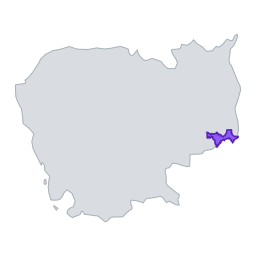 Ou Reang, Môndól Kiri, Cambodia (highlighted)
{"feature_id": "14789045B75407950785126", "entity_name": "Ou Reang", "entity_type": "district", "adm_level": 2, "iso_a3": "KHM", "parent_name": "Cambodia", "parent_adm1": "Môndól Kiri", "projection": "mercator", "projection_center": [107.115, 12.328], "detail": "fine", "context": "in_parent", "style": "filled", "palette": "violet", "viewbox_px": 256, "rotation_deg": 0, "n_neighbors": 0, "source": "geoboundaries", "source_scale": "gbopen_adm2", "svg_char_len": 7163}
<svg xmlns="http://www.w3.org/2000/svg" viewBox="0 0 256 256"><path d="M237.0,34.2L237.6,36.7L235.9,41.2L233.9,45.4L230.4,49.0L230.2,51.7L229.0,59.7L229.4,62.2L230.3,64.4L231.4,65.6L234.5,73.3L237.4,80.4L240.1,86.2L240.6,89.9L238.1,99.2L235.1,107.8L235.4,112.0L236.6,116.3L238.0,121.9L238.5,129.2L237.8,133.9L236.4,136.8L233.8,139.8L231.6,141.4L228.9,138.8L226.8,138.7L223.9,139.5L221.6,140.7L217.0,145.1L211.9,149.4L204.8,150.5L202.1,153.6L199.1,154.1L193.5,154.2L189.9,155.0L190.0,156.6L189.7,164.1L189.8,165.9L189.2,166.4L186.7,166.6L182.4,165.4L176.6,163.6L172.5,163.3L170.3,166.6L169.1,167.9L167.5,168.0L165.9,168.6L165.3,170.1L165.2,171.9L166.0,175.1L166.3,180.1L166.1,183.4L167.6,185.6L176.5,192.8L179.1,194.6L179.4,195.7L177.8,199.6L179.2,205.1L176.4,205.0L171.8,202.7L169.6,201.2L166.9,202.4L166.0,202.2L164.1,199.4L161.8,196.7L159.3,196.5L154.2,197.6L148.9,198.3L146.9,198.3L146.1,198.8L143.0,203.0L141.7,202.2L136.4,200.7L131.5,200.1L130.5,201.1L131.1,204.5L132.2,207.8L131.6,209.2L128.9,210.9L125.4,214.0L123.2,216.4L121.7,217.0L116.4,216.9L111.0,217.2L108.9,219.5L106.9,221.3L105.1,221.8L98.2,216.1L84.3,214.2L82.8,211.7L81.5,211.2L80.2,214.4L72.6,217.5L69.4,215.7L67.0,213.4L67.4,210.6L69.6,208.3L73.4,206.7L75.1,201.0L72.2,193.7L69.7,191.6L67.0,189.9L64.2,192.6L61.9,197.2L59.4,199.6L56.0,200.2L50.9,200.0L48.9,193.0L48.2,187.1L48.9,180.3L49.7,176.2L44.8,170.6L44.5,165.3L42.2,162.6L41.5,164.0L41.5,165.5L40.9,164.4L33.1,148.8L31.8,141.6L33.2,136.0L33.9,134.1L31.7,131.2L28.6,127.9L23.0,123.5L22.6,116.6L21.4,108.4L19.7,105.7L17.2,100.6L15.8,96.5L15.4,85.4L16.1,84.5L20.0,84.2L25.0,83.4L25.8,81.6L24.9,80.2L28.2,77.7L32.8,72.2L36.4,66.5L39.0,62.8L40.5,59.2L45.7,54.2L52.9,50.6L57.7,49.8L62.8,48.6L67.6,46.9L69.9,46.7L76.0,48.8L79.2,49.3L82.7,49.3L86.2,49.5L89.3,49.3L96.7,47.9L104.5,49.0L111.5,48.1L120.2,46.4L124.4,47.5L128.3,49.2L128.8,52.5L129.7,54.1L131.0,55.3L132.8,55.3L135.0,52.9L136.8,50.5L137.4,50.0L137.5,51.2L138.4,53.8L140.1,56.4L141.7,58.2L144.5,60.4L146.3,60.5L152.2,58.4L161.1,61.5L162.2,63.1L165.0,66.3L168.1,68.6L175.1,68.7L177.5,63.1L176.3,59.7L172.4,53.7L171.3,50.2L172.6,49.5L179.3,48.9L180.3,48.2L181.8,44.3L183.6,44.8L187.3,45.3L191.3,42.6L193.6,39.8L194.9,41.1L196.2,43.0L197.8,44.2L200.6,45.8L203.7,48.2L205.6,50.5L207.2,51.4L211.1,50.8L212.2,50.9L214.5,48.1L216.1,46.5L217.5,47.0L219.5,46.9L223.6,43.4L226.0,40.1L227.3,39.2L231.0,40.8L232.5,40.5L234.7,36.0L237.0,34.2ZM46.3,183.8L45.5,184.3L44.8,184.3L44.1,183.6L44.1,181.1L44.7,179.6L45.9,179.3L46.3,183.8ZM57.9,208.4L56.3,210.1L53.9,206.7L53.9,205.7L57.9,208.4Z" fill="#d9dde1" stroke="#a8b0b8" stroke-width="1"/><path d="M216.4,147.0L216.6,147.0L216.8,146.9L217.0,146.9L216.9,146.7L217.0,146.5L217.1,146.3L217.2,146.1L217.4,146.0L217.2,145.9L217.4,145.9L217.3,145.7L217.5,145.9L217.7,145.7L217.8,145.8L218.0,145.6L218.2,145.4L217.8,145.0L218.0,144.9L217.9,144.8L218.0,144.7L218.3,144.7L218.5,144.6L218.5,144.8L218.8,144.8L218.9,144.6L218.9,144.4L219.0,144.4L219.0,144.1L219.2,143.9L219.1,143.7L219.3,143.6L219.4,143.4L219.5,143.4L219.6,143.2L219.7,143.3L219.8,143.2L220.0,143.2L220.2,142.8L220.4,143.0L220.5,142.8L220.7,142.7L220.8,142.4L220.7,142.4L220.8,142.2L220.7,142.1L220.9,142.0L220.8,141.9L221.0,141.8L221.1,141.6L221.2,141.4L221.0,141.2L221.3,141.1L221.4,140.8L221.3,140.7L221.5,140.6L222.0,140.6L222.3,140.5L222.3,140.4L222.5,140.3L222.7,140.2L222.8,140.1L223.0,140.0L223.0,139.9L223.3,139.9L223.5,139.7L223.6,139.8L223.6,139.7L223.8,139.8L223.8,139.7L224.0,139.7L224.2,139.8L224.3,139.9L224.3,139.7L224.4,139.9L224.5,139.8L224.9,139.7L225.1,139.6L225.2,139.4L225.5,139.3L225.5,139.2L225.8,139.0L226.0,139.0L226.3,138.6L226.5,138.6L226.8,138.7L227.0,138.6L227.3,138.4L227.6,138.4L228.0,138.2L228.1,138.4L228.2,138.7L228.4,138.7L228.8,138.5L229.2,138.5L229.5,138.1L229.7,138.5L230.0,138.7L230.3,138.8L230.4,139.1L230.8,139.4L231.0,139.6L230.9,139.8L231.2,139.9L231.1,140.0L231.4,140.3L231.3,140.6L231.3,140.9L231.8,141.4L231.8,141.6L232.5,142.0L232.6,142.3L232.7,142.1L232.8,142.0L233.3,142.0L233.4,141.5L233.7,141.2L233.5,140.9L233.8,140.6L233.8,140.2L234.3,139.9L234.6,139.7L234.7,139.3L234.9,139.1L235.4,138.9L236.3,138.6L236.6,138.4L236.8,138.1L237.1,137.9L237.3,137.9L237.3,137.6L237.6,137.7L237.7,137.4L238.0,137.4L238.2,137.0L238.1,136.7L238.1,136.4L234.3,136.4L232.1,134.6L232.1,134.4L231.8,134.0L231.8,133.4L231.7,133.2L231.8,133.2L231.7,133.0L231.4,133.0L231.5,132.8L231.5,132.6L231.6,132.4L231.4,132.1L231.6,132.0L231.6,131.9L231.5,131.7L231.4,131.5L231.5,131.3L231.3,131.2L231.2,131.0L231.1,130.9L231.3,130.7L231.5,130.5L231.3,130.2L231.1,130.2L231.2,129.9L229.7,129.9L228.7,129.8L227.4,130.0L226.9,130.0L226.7,131.0L226.8,131.3L226.7,131.6L226.8,132.2L226.8,132.5L226.5,132.7L226.3,133.1L226.1,133.3L225.9,133.6L225.7,133.7L225.5,134.3L225.4,134.5L225.4,134.8L224.9,135.1L224.9,135.4L224.8,135.7L224.6,135.9L223.9,136.0L223.4,136.2L223.2,136.2L223.2,136.7L222.8,136.5L222.7,136.5L222.4,136.4L222.4,136.0L222.5,135.9L222.2,136.0L221.8,136.0L222.0,135.9L221.8,136.0L221.6,135.8L221.3,135.8L221.2,135.8L221.3,135.7L221.2,135.6L221.3,135.5L221.2,135.4L220.9,135.3L220.8,135.1L220.8,134.9L220.6,134.9L220.4,134.8L220.4,134.6L220.2,134.6L219.9,134.5L219.7,134.4L219.3,134.5L219.3,134.4L219.0,134.4L218.9,134.2L218.5,134.1L218.4,134.3L218.3,134.1L218.1,133.9L218.2,133.6L218.1,133.4L217.8,133.3L217.7,133.4L217.4,133.3L217.5,133.1L217.3,132.8L217.3,132.7L217.2,132.6L217.1,132.9L216.8,132.8L216.6,132.7L216.6,132.8L216.5,133.8L216.3,133.8L215.9,133.5L215.6,133.5L215.4,133.6L215.0,133.5L214.7,133.7L214.2,133.8L214.1,133.7L213.5,133.7L213.4,133.8L213.5,134.0L213.4,134.0L212.9,134.0L212.8,133.9L212.5,134.1L212.2,134.0L212.0,133.9L211.9,133.9L211.8,134.0L211.7,134.2L211.6,134.3L211.5,134.1L211.4,134.4L211.2,134.3L210.9,134.3L210.8,134.2L210.6,134.1L210.6,134.3L210.4,134.2L210.4,133.9L210.2,133.9L210.2,134.2L209.8,133.8L209.6,133.8L209.5,133.6L209.3,133.6L209.2,133.5L208.9,133.4L208.8,133.5L208.7,133.5L208.7,133.3L208.4,133.3L208.4,133.1L208.2,133.2L207.8,132.8L207.9,132.6L207.6,132.4L207.5,132.5L207.2,132.5L207.3,132.6L207.1,132.6L207.1,137.3L207.2,137.5L207.3,137.4L207.4,137.5L207.4,137.3L207.5,137.3L207.7,137.2L207.8,137.2L207.9,137.3L208.2,137.4L208.3,137.3L208.5,137.5L208.6,137.3L208.7,137.5L208.8,137.6L208.7,137.7L208.8,137.8L209.0,137.8L208.9,137.6L209.1,137.5L209.2,137.3L209.4,137.6L209.5,137.5L209.6,137.4L209.8,137.6L209.9,137.3L210.0,137.4L210.2,137.5L210.2,137.3L210.5,137.3L210.6,137.2L211.0,137.2L211.3,137.0L211.5,136.9L211.6,137.0L211.7,136.9L211.8,136.7L212.0,136.8L212.2,136.7L212.4,136.7L212.6,136.6L212.8,136.8L212.7,137.0L212.8,137.2L212.7,137.5L212.6,137.4L212.5,137.6L212.5,137.8L212.7,138.0L212.8,138.1L212.8,138.4L212.8,138.5L213.1,139.1L213.3,139.5L213.5,139.5L213.9,139.8L214.2,139.9L214.3,140.1L214.5,140.3L214.8,140.2L215.3,141.2L215.3,141.3L215.1,141.5L215.0,141.8L215.1,142.0L214.9,142.2L215.0,142.3L215.0,142.5L215.0,142.8L215.1,143.0L215.3,143.3L215.2,143.4L215.5,143.8L215.5,144.3L215.5,144.5L215.9,144.7L216.0,144.8L216.2,144.7L216.3,144.8L216.4,145.0L216.4,145.4L216.3,145.6L216.5,145.9L216.6,146.0L216.4,146.3L216.3,146.5L216.4,146.8L216.4,147.0Z" fill="#8b5cf6" stroke="#5b21b6" stroke-width="1.5"/></svg>